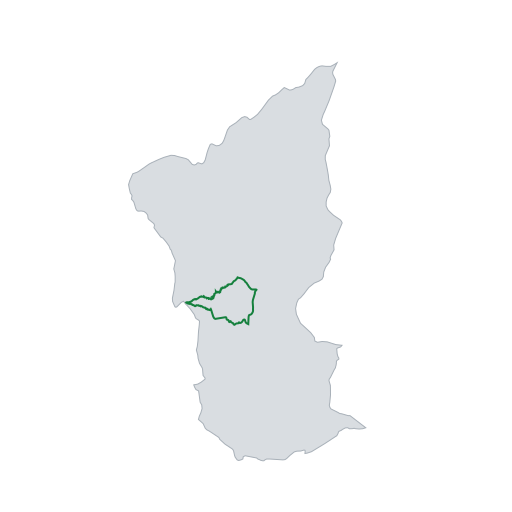 Nana-Grébizi on a map of Central African Republic (Albers equal-area conic projection), rotated 280°
{"feature_id": "CAF-807", "entity_name": "Nana-Grébizi", "entity_type": "Economic Prefecture", "adm_level": 1, "iso_a3": "CAF", "parent_name": "Central African Republic", "parent_adm1": "", "projection": "albers", "projection_center": [19.251, 7.51], "detail": "fine", "context": "in_parent", "style": "outline", "palette": "green", "viewbox_px": 512, "rotation_deg": 280, "n_neighbors": 0, "source": "natural_earth", "source_scale": "10m", "svg_char_len": 7640}
<svg xmlns="http://www.w3.org/2000/svg" viewBox="0 0 512 512"><g transform="rotate(280 256 256)"><path d="M353.4,190.5L358.0,191.6L358.8,193.1L357.6,197.7L358.5,200.6L361.1,203.1L363.8,204.1L366.3,204.6L375.1,206.0L378.8,207.7L383.7,213.1L389.8,218.0L391.3,220.6L391.1,223.0L389.3,225.9L389.6,227.1L392.4,230.0L395.7,232.9L401.5,236.2L411.7,241.2L416.4,244.6L418.0,247.2L420.7,250.0L424.3,252.6L426.8,254.6L425.2,260.3L425.8,262.1L426.7,263.7L428.8,266.0L429.7,268.8L431.9,272.4L434.4,274.0L438.6,274.5L440.8,276.1L445.5,278.9L450.0,281.3L451.9,283.0L453.1,284.5L454.1,286.3L454.7,288.0L454.9,291.9L455.7,296.6L458.2,299.9L460.4,302.3L451.3,299.6L449.9,299.6L448.3,300.1L443.6,303.6L442.1,304.1L436.1,303.4L421.6,301.0L410.4,298.5L407.1,297.6L401.1,296.8L397.2,298.6L393.6,304.8L392.5,306.0L386.7,307.9L384.0,307.5L377.3,309.2L366.9,306.8L363.2,307.4L360.3,308.7L352.9,311.5L348.4,313.1L343.2,314.6L338.2,316.9L334.8,318.1L331.5,318.1L328.6,316.9L325.3,315.9L321.4,315.7L317.4,316.4L314.0,318.8L312.6,320.6L309.6,325.2L306.2,332.8L304.8,334.3L303.5,335.1L287.3,331.4L280.3,330.6L275.6,331.8L269.6,329.7L267.0,329.3L265.8,330.0L262.5,329.1L257.1,326.5L252.0,325.5L247.4,325.9L244.6,325.0L242.3,322.5L239.4,318.0L234.1,313.4L227.0,309.8L222.6,307.1L220.8,305.3L217.0,304.3L211.2,304.1L205.6,305.9L197.5,311.5L190.0,323.2L185.9,327.6L182.5,328.7L181.7,331.5L183.3,336.0L183.8,341.1L182.6,349.8L183.0,356.2L181.2,355.2L179.5,352.2L178.7,351.6L173.8,352.9L171.2,354.1L169.8,355.3L168.8,355.5L167.2,353.8L166.0,353.5L164.0,353.8L162.0,353.8L160.7,353.6L159.9,353.7L157.6,352.8L149.1,350.3L147.6,349.5L145.9,349.5L141.5,351.7L139.1,352.2L132.1,353.5L124.6,354.1L121.7,354.1L119.7,355.1L118.4,356.4L116.0,364.4L115.4,365.8L115.5,367.8L114.8,374.3L115.1,376.3L105.9,393.9L104.4,391.0L103.5,387.5L103.2,383.6L103.4,382.5L102.8,381.3L102.1,378.1L102.8,376.0L102.2,373.8L100.5,371.6L98.9,370.0L98.0,368.5L97.2,367.8L95.5,367.6L93.1,366.8L83.2,356.3L72.9,344.6L70.8,340.7L70.0,338.5L72.5,338.3L73.2,337.9L73.2,336.9L71.7,333.9L70.9,330.1L69.7,327.7L65.6,324.1L61.8,321.3L60.5,319.9L59.9,317.9L58.5,305.3L57.9,301.7L56.7,300.1L55.8,299.4L55.5,298.5L55.6,296.2L56.2,294.2L56.2,293.4L57.2,291.7L57.4,280.0L56.1,278.3L53.8,278.3L52.6,276.6L51.6,274.4L51.9,272.9L54.2,270.5L55.7,269.6L60.1,267.8L61.3,266.9L62.1,265.7L62.7,264.2L65.3,258.2L69.1,252.2L70.8,251.0L74.7,242.2L75.6,240.0L76.3,237.7L77.6,235.9L81.8,233.0L85.0,227.7L88.4,228.0L91.9,228.9L96.4,229.4L100.0,228.4L102.3,226.4L113.2,222.9L114.0,220.1L115.8,218.6L117.8,217.3L118.5,217.2L118.6,218.1L119.8,221.0L122.3,224.0L125.9,227.2L127.0,227.0L129.2,224.6L135.0,223.1L136.4,222.5L140.5,219.0L145.3,216.7L148.2,215.9L153.1,213.6L156.6,213.9L162.2,213.6L171.6,212.5L178.3,212.1L181.8,211.7L182.6,211.2L183.9,207.9L185.0,206.9L187.5,205.5L192.5,200.4L195.8,196.1L196.8,194.5L197.4,194.2L198.8,192.4L197.4,190.5L191.9,186.7L191.9,186.2L191.6,185.5L191.9,185.0L194.1,183.5L196.9,181.7L200.0,181.0L208.0,181.2L214.7,180.8L216.3,180.9L221.6,180.0L225.2,179.1L229.0,177.3L237.4,177.5L244.4,172.8L246.4,171.9L247.3,171.2L247.6,170.5L250.8,168.6L254.5,164.8L257.4,161.3L258.2,158.9L266.1,150.6L268.8,150.7L270.2,149.7L273.3,144.2L274.3,143.2L277.5,142.2L279.1,140.5L280.4,138.1L280.4,135.1L279.8,132.7L279.8,131.5L280.5,130.4L281.8,129.4L287.8,126.4L289.3,124.9L290.2,123.6L291.9,123.4L293.7,123.5L294.9,122.7L296.2,121.3L300.4,119.5L304.2,118.1L308.3,118.6L315.6,120.4L317.8,124.3L318.9,125.7L328.1,134.9L329.8,137.1L334.4,143.8L337.2,148.3L340.4,154.8L340.8,158.4L340.4,161.4L339.8,170.1L339.0,172.6L335.1,177.3L334.9,179.4L335.8,181.1L337.0,181.8L337.8,182.7L337.3,186.7L338.8,188.3L341.8,189.3L349.4,189.9L353.4,190.5Z" fill="#d9dde1" stroke="#a8b0b8" stroke-width="1"/><path d="M197.4,194.7L198.2,195.4L198.5,196.2L198.6,197.0L198.7,197.8L200.2,200.4L200.7,200.8L201.9,201.7L202.4,202.3L202.5,202.5L202.6,202.8L202.6,203.1L202.7,203.3L203.1,203.5L203.1,203.9L202.8,204.2L202.8,204.4L203.2,204.5L203.3,205.0L203.7,205.7L204.4,206.4L206.0,207.8L206.2,208.2L206.2,208.5L206.2,208.8L206.7,209.1L206.6,209.3L206.7,210.3L206.5,211.2L206.7,211.5L207.3,211.6L207.1,212.0L206.5,212.3L206.2,212.5L206.2,212.8L206.3,213.1L206.4,213.5L206.4,214.3L206.3,214.6L205.8,214.9L206.1,215.3L206.4,215.9L206.4,216.4L205.5,216.9L205.7,217.5L206.2,218.0L206.4,218.2L206.3,218.5L205.5,219.1L205.5,219.4L206.6,220.9L207.1,221.2L207.2,220.9L207.5,220.3L208.6,221.4L209.0,221.5L209.0,220.8L209.7,221.7L209.9,221.8L210.3,221.8L210.5,221.7L210.8,221.5L211.1,221.4L211.5,221.6L212.1,222.4L212.5,222.5L212.8,222.8L213.1,222.9L214.0,222.7L213.4,223.3L213.2,223.6L213.2,223.9L213.4,224.0L213.7,224.0L214.0,224.0L214.1,224.9L213.7,225.6L213.5,226.3L214.0,226.8L214.2,226.6L214.7,226.8L215.1,226.6L215.5,227.1L215.8,227.1L216.8,227.4L217.0,227.4L217.2,227.1L217.5,227.3L217.9,227.5L218.3,227.5L218.4,227.8L218.3,228.5L218.5,228.8L219.2,228.7L219.4,230.7L219.9,231.2L220.2,231.1L220.4,231.0L220.6,231.0L220.7,231.3L220.7,231.5L220.9,232.0L221.0,232.3L221.8,233.1L222.1,233.3L222.3,233.0L222.4,232.9L222.6,232.9L223.2,233.6L223.8,236.0L224.3,237.0L224.7,237.3L225.5,237.5L226.3,238.0L227.0,238.3L227.3,238.5L227.6,238.8L227.9,239.3L228.2,239.6L229.2,240.4L229.8,240.8L230.5,240.9L230.6,241.0L231.2,241.8L231.2,241.7L231.4,241.7L231.7,241.7L231.5,242.9L231.5,244.6L231.2,245.7L230.4,247.9L230.0,248.6L229.6,249.1L228.8,249.8L228.4,250.3L228.1,251.0L227.8,251.4L227.5,251.7L227.2,251.9L225.7,253.4L224.7,254.2L224.3,254.6L222.8,256.6L222.5,257.3L222.4,258.1L223.0,261.6L223.0,262.0L222.9,262.3L222.7,262.3L222.4,262.2L221.6,261.6L221.0,261.4L219.7,261.2L218.8,261.4L212.2,260.6L210.1,260.7L205.0,262.0L202.9,262.3L201.6,262.6L200.9,262.6L200.2,262.5L199.0,262.1L198.2,261.7L197.7,261.3L197.2,260.6L196.9,259.9L196.6,259.5L195.8,259.3L194.6,259.3L187.6,260.2L188.1,258.5L188.4,258.0L188.8,257.5L189.3,257.1L190.9,256.3L191.2,256.1L191.4,255.8L191.4,255.5L191.2,255.0L191.1,254.8L190.9,254.6L189.4,254.0L188.7,253.7L188.1,253.2L187.6,252.7L187.4,252.3L187.3,251.8L187.5,251.3L187.7,250.8L187.6,250.7L187.1,250.6L186.8,250.5L186.7,250.3L186.2,248.5L185.9,248.1L185.5,247.6L184.7,247.0L184.5,246.7L184.6,246.3L184.8,245.8L185.1,245.6L185.7,245.3L185.8,245.1L185.9,244.9L186.3,243.5L186.6,242.9L186.8,242.7L187.2,242.5L187.4,242.3L187.4,242.1L187.2,241.8L186.4,241.5L186.3,241.3L186.4,241.1L186.6,240.8L186.9,240.6L187.7,240.2L187.9,240.0L188.1,239.8L188.2,239.6L188.2,239.4L188.2,238.9L188.2,238.6L188.3,238.4L188.5,238.1L188.8,238.0L190.0,237.5L190.3,237.3L190.4,237.1L190.4,236.5L187.0,226.8L187.4,225.7L188.9,224.4L195.5,221.0L195.9,220.7L195.7,220.6L195.4,220.7L195.1,220.6L194.9,220.4L194.7,219.8L194.7,219.6L194.7,219.4L194.9,219.2L195.1,218.9L195.1,218.7L195.0,218.3L194.8,218.1L194.8,217.9L194.8,217.7L195.1,217.4L195.4,217.2L195.5,217.1L195.6,216.8L195.5,216.6L195.4,216.5L195.2,216.3L195.1,216.2L195.3,215.9L195.8,215.7L196.1,215.4L196.3,215.1L196.3,214.8L196.2,214.6L196.1,214.2L196.3,213.7L196.3,213.1L196.3,212.8L196.5,212.5L196.7,212.3L196.8,212.1L197.1,211.3L197.2,211.1L197.0,210.8L196.9,210.7L196.8,210.4L197.0,210.2L197.2,209.9L197.3,209.7L197.2,209.4L197.0,209.0L197.0,208.8L197.0,208.6L197.2,208.4L197.3,208.3L197.4,208.2L197.5,208.0L197.4,207.8L197.3,207.5L197.2,205.9L197.1,205.7L196.8,205.6L196.7,205.6L196.2,205.2L196.0,204.7L196.1,204.4L196.3,203.8L196.7,203.4L196.7,203.2L196.8,202.9L196.7,202.1L196.8,202.0L196.9,201.9L197.1,201.8L197.2,201.7L197.1,200.8L197.2,200.6L197.3,200.5L197.5,200.4L197.7,200.2L197.4,199.3L197.3,199.1L197.3,198.8L197.6,198.2L197.6,197.8L197.4,197.5L197.3,197.4L197.4,197.2L197.6,197.0L197.7,196.7L197.8,196.4L197.8,195.1L197.4,194.7Z" fill="none" stroke="#15803d" stroke-width="2"/></g></svg>